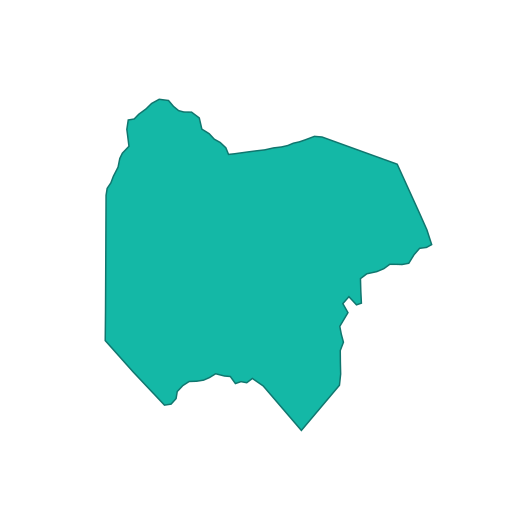 Nazarezinho, Paraíba, Brazil (Equal Earth projection), rotated 161°
{"feature_id": "56859067B95822708783593", "entity_name": "Nazarezinho", "entity_type": "district", "adm_level": 2, "iso_a3": "BRA", "parent_name": "Brazil", "parent_adm1": "Paraíba", "projection": "equal_earth", "projection_center": [-38.331, -6.95], "detail": "fine", "context": "isolated", "style": "filled", "palette": "teal", "viewbox_px": 512, "rotation_deg": 161, "n_neighbors": 0, "source": "geoboundaries", "source_scale": "gbopen_adm2", "svg_char_len": 1304}
<svg xmlns="http://www.w3.org/2000/svg" viewBox="0 0 512 512"><g transform="rotate(161 256 256)"><path d="M378.0,362.2L396.1,310.4L406.7,280.1L416.4,252.4L420.8,240.0L426.1,225.1L409.9,186.4L391.1,144.8L384.5,143.6L378.0,147.2L374.6,153.5L367.4,157.3L360.1,159.1L352.8,156.9L346.0,155.7L339.6,156.2L332.5,157.8L324.9,152.8L319.5,150.4L317.0,142.1L311.1,142.1L306.0,139.2L299.3,141.4L291.5,130.8L269.9,76.3L219.2,106.6L214.4,116.8L210.8,128.1L207.1,139.2L201.4,146.0L200.8,154.4L199.7,162.2L193.9,167.1L187.5,172.5L189.4,182.7L181.4,187.3L176.9,177.1L171.7,177.1L168.3,188.8L164.6,200.6L157.0,203.1L146.9,201.9L139.3,202.4L132.2,204.6L125.9,202.4L120.7,200.4L113.9,199.4L106.1,205.8L98.8,210.0L92.0,208.6L86.2,209.6L85.9,225.1L87.5,243.4L92.6,296.8L154.8,347.0L161.8,350.1L171.6,349.8L177.8,349.8L184.0,350.5L190.0,350.1L196.4,350.8L204.3,352.5L213.2,353.5L221.8,355.4L229.6,357.0L236.7,358.4L243.3,359.7L248.9,361.0L249.3,368.2L252.9,375.0L257.4,380.0L260.4,386.8L265.9,393.6L264.7,405.0L270.1,413.0L277.3,415.6L281.9,418.7L285.3,424.3L288.1,431.5L296.5,435.7L305.1,434.2L312.3,430.8L320.7,428.2L326.6,425.2L332.5,426.2L336.9,417.8L338.3,411.0L340.4,401.1L348.9,396.7L353.0,392.6L357.5,384.9L364.9,377.8L369.4,372.4L374.7,368.4L378.0,362.2Z" fill="#14b8a6" stroke="#0f766e" stroke-width="1.5"/></g></svg>